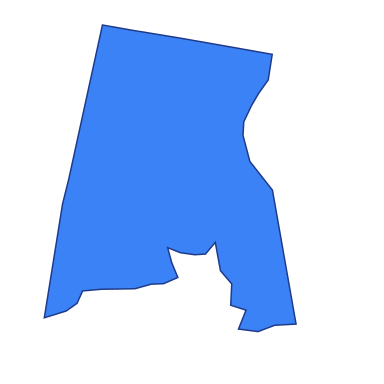 São Vendelino, Rio Grande do Sul, Brazil (Natural Earth projection), rotated 10°
{"feature_id": "56859067B53774247031455", "entity_name": "São Vendelino", "entity_type": "district", "adm_level": 2, "iso_a3": "BRA", "parent_name": "Brazil", "parent_adm1": "Rio Grande do Sul", "projection": "natural_earth1", "projection_center": [-51.365, -29.385], "detail": "fine", "context": "isolated", "style": "filled", "palette": "blue", "viewbox_px": 384, "rotation_deg": 10, "n_neighbors": 0, "source": "geoboundaries", "source_scale": "gbopen_adm2", "svg_char_len": 623}
<svg xmlns="http://www.w3.org/2000/svg" viewBox="0 0 384 384"><g transform="rotate(10 192 192)"><path d="M234.2,42.5L155.7,42.5L103.8,43.1L74.8,43.1L68.4,200.7L66.6,226.3L68.4,341.5L88.8,331.0L98.1,321.6L101.5,308.4L120.1,303.4L136.0,300.4L152.8,297.1L167.7,289.9L180.0,287.2L192.9,278.6L184.3,265.1L177.7,251.1L191.1,253.8L205.6,253.3L216.0,250.8L223.7,237.6L233.7,264.6L247.1,275.6L249.8,296.8L265.7,299.0L261.6,318.9L281.3,318.0L296.5,308.9L317.4,304.0L270.9,176.2L243.7,151.9L232.4,127.4L230.8,113.9L235.5,96.8L240.5,83.3L247.6,68.4L247.1,42.5L234.2,42.5Z" fill="#3b82f6" stroke="#1e3a8a" stroke-width="1.5"/></g></svg>